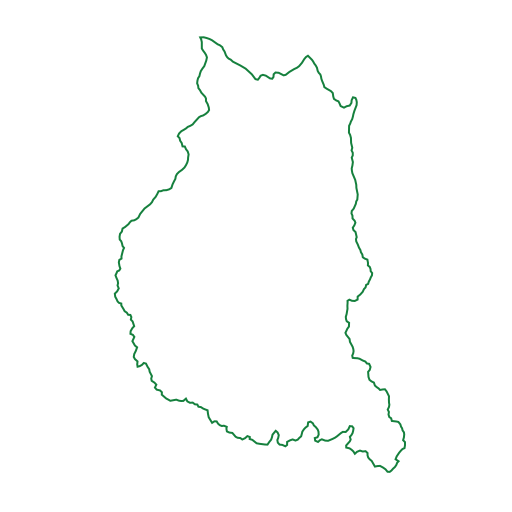 the district of São João da Ponte, Minas Gerais, Brazil, rotated 88°
{"feature_id": "56859067B41179975057544", "entity_name": "São João da Ponte", "entity_type": "district", "adm_level": 2, "iso_a3": "BRA", "parent_name": "Brazil", "parent_adm1": "Minas Gerais", "projection": "albers", "projection_center": [-43.884, -15.912], "detail": "fine", "context": "isolated", "style": "outline", "palette": "green", "viewbox_px": 512, "rotation_deg": 88, "n_neighbors": 0, "source": "geoboundaries", "source_scale": "gbopen_adm2", "svg_char_len": 6085}
<svg xmlns="http://www.w3.org/2000/svg" viewBox="0 0 512 512"><g transform="rotate(88 256 256)"><path d="M453.0,167.2L454.7,165.5L457.1,164.1L455.2,161.9L454.1,158.9L455.1,156.2L454.9,153.3L456.8,151.4L459.0,151.5L461.3,150.9L463.1,149.5L464.9,147.5L470.6,144.5L470.2,142.1L470.1,139.4L471.8,136.5L473.7,134.0L476.2,132.1L476.4,129.9L475.2,128.2L473.3,126.4L471.8,124.6L469.8,123.1L467.5,122.1L466.1,120.7L464.0,123.6L461.2,122.4L457.6,119.8L455.5,117.9L454.0,116.3L453.2,114.3L450.3,113.7L447.2,113.6L445.2,115.4L442.4,114.5L439.5,114.1L437.4,114.3L435.4,115.6L433.3,116.0L431.6,117.0L429.3,117.6L426.8,119.5L426.3,121.5L425.6,126.0L422.9,126.6L421.6,128.4L419.0,129.1L416.5,128.6L414.1,129.7L411.6,128.4L409.3,127.9L407.2,128.2L404.0,128.2L400.8,128.0L395.9,130.2L393.7,131.8L393.8,134.1L394.2,136.7L392.7,138.0L391.3,139.9L389.6,141.7L386.6,142.6L385.4,144.9L383.7,146.9L380.8,147.8L375.7,148.0L373.8,146.3L370.9,145.4L367.7,146.7L367.3,148.9L365.3,150.4L364.1,153.1L362.3,156.1L361.7,158.3L361.5,160.8L361.2,162.9L358.9,163.3L356.8,162.3L354.5,161.8L352.4,162.0L350.1,162.6L345.1,165.1L342.2,165.4L338.0,168.5L335.9,169.3L331.8,167.2L329.8,165.6L326.0,165.3L324.4,167.6L322.4,168.2L320.0,168.4L317.3,167.5L312.0,166.4L308.9,166.4L306.0,166.1L304.0,166.1L302.9,164.2L304.1,161.7L304.4,158.9L303.1,156.0L300.1,155.8L298.2,153.2L295.5,150.6L292.9,149.3L291.2,147.6L288.7,146.9L287.8,144.9L285.6,144.2L283.4,142.9L281.3,142.0L279.4,140.8L277.1,140.5L275.2,141.9L273.0,142.0L270.9,142.7L269.3,144.5L266.9,144.3L263.5,144.8L262.4,147.4L261.0,149.3L258.2,149.7L255.9,151.0L253.6,151.5L251.2,152.8L248.0,153.9L244.9,155.3L242.6,155.5L240.7,154.7L235.5,155.7L233.5,157.7L231.1,158.3L228.9,156.7L226.2,155.5L224.2,156.2L221.9,158.2L219.0,158.2L216.8,159.1L214.3,158.7L212.1,156.7L207.3,154.4L204.9,153.9L203.2,152.8L198.1,152.2L191.4,153.3L188.4,153.3L183.4,154.2L176.6,156.8L173.9,157.2L171.8,157.3L169.0,156.5L165.5,155.9L161.0,156.9L158.9,155.8L156.2,155.7L153.8,156.8L151.2,156.0L146.3,157.0L141.3,157.0L138.3,157.7L136.0,158.8L129.1,158.4L126.9,157.2L125.0,156.5L122.6,155.1L120.1,154.3L117.6,153.7L114.4,152.6L108.7,150.2L105.8,149.9L103.4,150.3L101.5,151.1L100.8,153.5L103.7,155.0L106.3,155.3L108.9,157.1L109.5,160.2L110.8,162.9L109.1,166.2L106.4,167.2L104.3,168.2L103.4,170.3L101.7,172.6L99.4,173.2L95.8,173.6L93.8,175.4L91.2,179.6L89.6,181.8L87.3,182.3L83.1,183.9L81.1,184.5L78.8,184.8L76.8,185.4L75.1,186.9L73.1,187.9L70.0,188.5L67.6,189.7L65.8,191.0L63.6,192.1L61.9,193.2L57.7,197.1L58.9,199.1L60.9,200.9L64.5,203.3L67.8,206.3L69.3,208.5L70.5,211.3L73.2,216.2L76.0,220.0L76.4,222.1L73.7,226.9L73.3,230.1L75.0,232.0L77.7,232.3L79.4,233.6L79.0,235.8L76.1,239.9L75.2,242.8L76.0,245.1L77.9,246.3L79.9,248.0L79.2,250.4L74.3,253.8L68.4,259.8L65.0,265.1L61.0,272.3L58.9,274.4L57.8,276.4L56.4,277.8L54.4,279.0L50.5,280.3L48.4,281.6L46.1,282.4L44.1,284.8L43.1,286.9L38.8,292.5L37.5,294.9L36.4,297.8L35.6,300.6L35.6,304.1L37.7,303.2L40.3,302.7L46.8,302.9L48.9,301.7L51.2,300.1L53.3,298.9L55.8,298.1L59.0,298.9L64.5,301.1L66.7,302.9L69.3,304.7L71.7,305.6L74.3,306.3L76.3,307.7L78.7,308.4L81.4,308.8L83.8,307.9L86.2,307.7L88.3,306.2L90.9,304.9L95.1,301.3L96.9,300.5L99.4,300.6L102.5,299.0L106.0,298.0L108.5,297.8L110.4,299.1L112.2,301.3L113.7,303.9L114.3,306.2L115.3,308.1L120.1,312.8L122.3,314.7L123.6,317.1L124.6,319.7L126.0,321.4L127.4,323.8L128.7,326.3L130.9,328.6L133.6,330.0L135.5,328.3L138.1,327.8L140.5,326.3L143.9,325.6L144.1,323.3L146.9,322.2L149.1,320.6L152.1,319.8L155.1,320.4L157.5,320.6L160.1,321.4L162.6,322.7L165.1,324.4L167.3,326.9L169.4,330.1L171.4,332.2L173.6,333.4L176.1,333.9L178.5,335.3L181.5,336.9L185.1,338.2L186.4,340.6L187.1,343.3L187.1,346.3L187.9,348.7L187.9,351.1L190.6,352.5L193.5,354.3L196.0,356.7L198.6,358.1L200.6,360.0L204.6,365.7L209.9,370.3L213.5,372.2L215.1,374.4L216.1,376.5L216.4,379.2L217.9,380.9L219.7,382.3L222.5,385.9L223.9,388.4L226.9,389.2L229.1,391.1L232.0,391.7L234.8,391.6L236.5,390.2L238.7,389.5L241.4,389.0L243.3,387.6L245.5,388.7L251.7,390.5L253.9,390.5L255.1,392.7L257.5,393.3L261.3,392.8L263.9,392.0L265.7,393.2L266.5,395.2L268.3,396.0L270.4,397.1L272.8,396.3L275.8,395.1L278.4,394.8L280.6,395.4L283.6,394.3L286.5,396.0L288.7,398.4L291.8,398.1L294.4,396.8L296.6,395.9L298.1,394.5L298.8,392.3L300.8,392.3L304.7,390.1L306.6,389.2L308.1,387.1L310.3,385.8L310.5,383.6L312.7,382.7L315.2,383.3L317.1,381.6L321.9,380.2L323.8,382.1L326.7,383.9L329.4,384.2L330.5,381.8L332.6,380.4L336.8,382.5L341.3,380.1L343.1,378.0L346.6,379.4L349.7,381.1L352.6,381.7L354.8,380.6L357.2,378.1L360.1,378.5L362.5,378.2L362.0,376.0L360.8,373.7L359.0,371.9L359.7,369.7L363.0,368.2L365.4,366.7L368.0,366.3L372.4,364.2L374.9,365.0L377.1,364.6L379.0,361.9L381.1,360.1L384.0,361.6L386.1,359.9L387.0,356.6L388.9,354.8L391.3,355.0L395.3,350.7L396.5,348.6L397.7,346.7L396.8,340.7L397.9,338.0L398.3,335.9L398.3,333.7L396.1,331.0L398.9,329.7L400.4,327.1L400.3,324.4L402.1,322.2L402.4,319.8L404.6,318.8L405.1,316.3L406.6,314.2L407.5,312.3L408.5,309.8L412.0,309.5L415.5,308.9L421.2,305.7L419.8,303.4L419.9,301.1L422.2,299.8L423.8,298.1L424.7,296.1L424.5,294.0L425.7,291.2L427.7,291.6L430.3,291.2L431.5,288.8L432.0,285.8L435.9,282.7L437.0,280.8L437.4,278.0L438.9,276.1L437.7,273.3L435.7,270.9L436.7,268.5L438.7,268.7L439.6,266.1L443.2,261.9L443.8,259.1L444.7,253.7L444.9,251.1L442.4,249.3L440.1,247.3L437.8,246.4L435.1,245.7L431.4,242.4L433.1,240.6L435.8,239.5L438.7,240.2L440.7,241.1L443.3,240.7L445.3,239.0L445.7,236.3L447.2,233.3L445.9,231.5L442.9,231.4L441.4,228.4L440.6,225.8L441.8,223.0L441.0,220.7L439.5,219.3L437.8,217.2L435.6,216.5L433.1,215.8L430.8,214.1L429.2,212.5L427.7,210.3L424.1,209.7L423.4,207.3L425.2,205.0L427.3,204.1L429.1,202.2L431.6,200.4L433.7,199.7L436.7,199.6L439.3,200.9L440.0,203.6L442.6,203.3L444.0,200.5L442.3,198.5L441.5,196.6L442.9,193.3L443.2,190.4L441.5,185.9L440.3,183.3L439.0,181.3L436.0,177.4L434.8,175.4L435.0,172.5L432.5,169.8L429.3,168.2L429.6,165.8L431.5,164.5L434.1,165.0L436.4,165.7L438.3,166.9L440.0,168.5L442.7,167.8L444.5,168.7L448.5,172.5L450.6,172.5L451.5,169.2L453.0,167.2Z" fill="none" stroke="#15803d" stroke-width="2"/></g></svg>